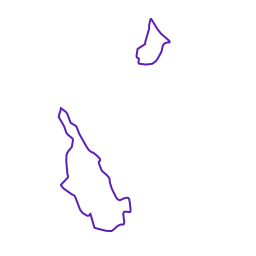 outline of Bremen, rotated 43°
{"feature_id": "DEU-1575", "entity_name": "Bremen", "entity_type": "State", "adm_level": 1, "iso_a3": "DEU", "parent_name": "Germany", "parent_adm1": "", "projection": "robinson", "projection_center": [8.734, 53.321], "detail": "fine", "context": "isolated", "style": "outline", "palette": "violet", "viewbox_px": 256, "rotation_deg": 43, "n_neighbors": 0, "source": "natural_earth", "source_scale": "10m", "svg_char_len": 1871}
<svg xmlns="http://www.w3.org/2000/svg" viewBox="0 0 256 256"><g transform="rotate(43 128 128)"><path d="M71.3,158.6L74.0,159.1L81.9,163.0L82.8,163.3L83.3,163.2L88.0,162.1L89.3,162.1L96.3,165.5L111.2,170.2L114.6,170.8L117.4,170.6L118.0,170.5L118.3,170.3L118.8,169.9L119.7,169.7L125.5,169.4L128.6,169.8L129.1,170.1L129.5,170.4L129.7,170.8L129.8,171.3L129.7,171.8L129.6,172.3L130.1,173.1L131.4,174.0L137.0,176.7L138.3,177.1L145.3,176.9L148.4,177.4L148.9,177.7L152.7,180.7L157.7,183.5L166.4,186.8L168.7,187.2L170.1,186.9L170.8,186.7L171.3,186.3L171.7,185.7L171.9,185.2L172.2,184.2L172.6,183.3L173.7,181.1L174.3,180.2L174.9,179.6L176.0,179.0L176.8,179.1L177.6,179.4L180.2,181.3L186.2,186.6L186.8,187.4L186.7,188.2L185.9,188.9L183.0,191.0L182.4,191.9L182.3,192.3L183.3,194.3L189.5,199.4L190.0,200.3L190.5,201.5L190.0,202.1L188.3,203.9L187.7,205.3L187.1,207.3L186.8,211.7L186.5,213.5L186.1,214.7L182.3,218.0L173.5,222.9L171.4,223.8L159.1,216.4L159.0,216.6L159.0,217.1L159.1,217.9L159.1,218.9L158.4,219.7L157.1,220.2L153.6,221.0L151.1,220.9L148.6,220.4L136.6,214.5L135.3,214.1L134.4,214.1L131.9,214.9L122.0,216.2L118.3,215.7L118.1,215.4L117.7,215.2L117.8,214.7L117.7,214.2L117.8,205.9L117.5,204.8L117.0,204.0L115.3,203.2L105.4,194.3L101.4,189.6L100.9,188.4L100.4,186.8L100.2,186.0L99.8,180.1L96.2,174.6L94.6,173.5L89.1,173.9L86.3,173.6L80.3,170.4L69.8,167.2L67.7,163.5L66.9,161.6L65.5,159.3L71.3,158.6ZM81.1,63.6L83.3,55.0L82.0,53.4L75.6,40.7L73.6,38.8L71.0,34.5L70.0,32.2L70.1,32.3L82.5,35.7L88.0,36.5L98.3,36.1L99.7,36.5L99.9,37.1L99.0,38.0L98.3,38.8L97.7,39.7L97.4,40.5L97.0,41.8L97.2,43.5L97.9,45.2L99.9,48.3L100.8,50.7L102.5,57.4L102.7,59.8L102.5,61.9L102.1,63.7L101.8,64.7L97.8,69.4L92.6,73.2L92.2,73.3L91.8,73.4L91.3,73.1L90.6,72.6L89.0,70.0L88.8,70.0L88.7,70.0L88.2,70.0L86.4,70.3L85.1,69.5L82.0,65.0L81.1,63.6Z" fill="none" stroke="#5b21b6" stroke-width="2"/></g></svg>